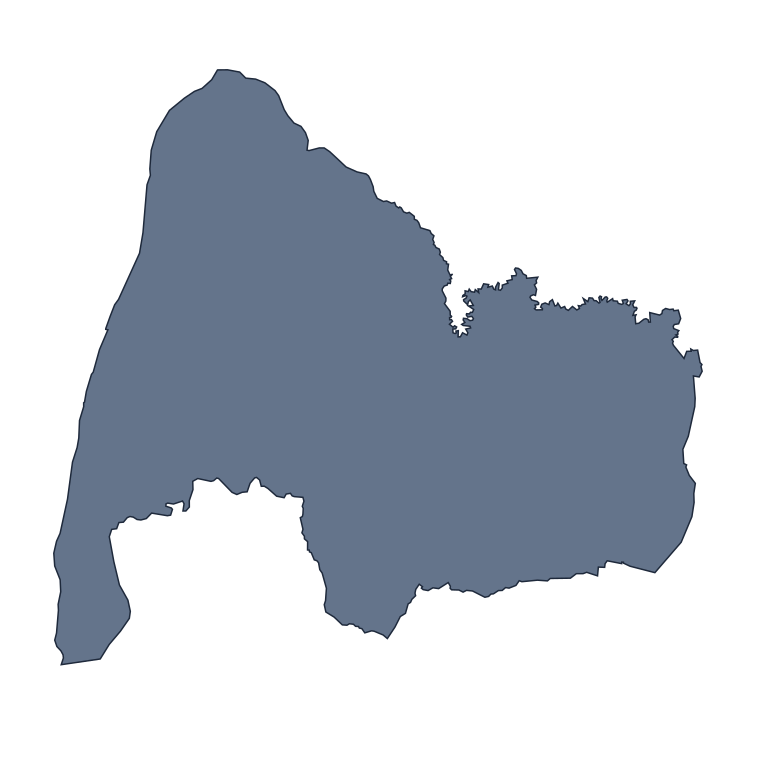 Nong Ruea, Khon Kaen, Thailand (Albers equal-area conic projection), rotated 184°
{"feature_id": "78962969B72555915440890", "entity_name": "Nong Ruea", "entity_type": "district", "adm_level": 2, "iso_a3": "THA", "parent_name": "Thailand", "parent_adm1": "Khon Kaen", "projection": "albers", "projection_center": [102.4, 16.491], "detail": "fine", "context": "isolated", "style": "filled", "palette": "slate", "viewbox_px": 768, "rotation_deg": 184, "n_neighbors": 0, "source": "geoboundaries", "source_scale": "gbopen_adm2", "svg_char_len": 6122}
<svg xmlns="http://www.w3.org/2000/svg" viewBox="0 0 768 768"><g transform="rotate(184 384 384)"><path d="M686.4,81.5L647.9,89.9L639.9,105.1L629.7,119.0L621.7,132.4L621.2,139.5L624.4,150.5L633.9,165.0L641.1,187.9L647.4,212.5L645.5,220.0L640.6,221.0L638.8,227.3L634.3,228.0L630.8,232.8L628.2,234.1L624.8,233.7L620.9,231.6L617.0,231.4L611.7,233.2L606.8,239.0L590.9,237.5L587.7,238.3L586.3,244.2L587.5,245.5L593.1,246.9L593.1,249.2L591.5,250.1L585.6,249.6L576.8,253.2L575.1,250.6L575.7,243.3L572.8,243.5L569.6,247.7L570.1,254.1L567.2,265.3L568.0,273.6L563.2,276.7L549.8,274.8L547.2,275.7L544.3,278.5L542.4,278.2L528.0,265.3L523.1,263.5L517.9,266.1L513.0,266.9L510.7,275.6L506.5,281.3L504.6,281.9L501.4,279.6L499.3,273.4L496.3,273.7L492.5,271.7L483.3,264.6L475.7,263.6L473.9,267.4L469.7,268.4L467.8,266.0L465.7,265.4L457.0,265.3L455.7,261.5L457.0,256.3L455.9,254.3L455.8,248.4L456.2,246.1L458.2,244.8L454.7,233.4L455.5,229.8L452.8,226.6L452.6,224.0L449.2,221.4L448.7,213.1L447.0,213.1L446.6,211.3L444.8,210.7L441.3,203.7L438.6,203.0L436.8,201.1L435.1,194.3L432.5,191.1L427.2,176.2L427.2,163.8L428.2,159.7L426.1,152.5L417.5,148.0L408.8,140.8L404.1,140.8L401.8,142.4L397.7,142.2L395.5,140.3L392.5,140.3L391.6,138.8L389.0,138.4L385.8,134.4L379.2,136.9L376.6,136.7L367.4,133.6L362.9,130.3L356.1,142.3L351.5,153.2L346.6,156.7L344.6,166.3L342.3,168.0L341.2,171.1L337.7,175.0L338.5,177.5L338.0,181.3L334.9,186.7L331.5,184.5L332.5,183.0L330.6,181.6L325.6,181.0L321.0,184.1L315.2,183.7L306.1,190.4L303.7,186.9L303.8,184.8L302.2,183.4L294.9,183.7L290.6,181.9L287.3,183.9L281.3,183.7L268.5,178.3L264.8,179.4L262.7,181.9L260.2,182.3L255.5,185.9L251.7,186.3L248.5,189.4L245.0,189.1L238.3,192.3L235.4,197.2L232.7,196.4L217.3,199.0L207.2,199.0L204.6,201.6L184.5,203.3L178.9,208.2L172.2,208.7L168.7,210.3L157.6,207.5L157.4,216.3L151.1,216.5L150.9,220.2L149.0,223.2L134.4,221.4L134.4,222.9L132.7,222.9L132.6,222.0L125.9,219.4L100.6,214.7L76.5,246.9L67.6,273.1L66.4,287.4L67.3,296.3L66.5,306.6L73.1,314.1L77.1,322.2L76.5,324.4L79.4,325.6L81.3,339.7L76.8,353.1L72.4,383.1L72.6,391.4L75.9,413.6L70.1,413.0L67.5,418.9L69.0,423.6L68.2,425.6L70.2,427.4L73.5,439.7L77.8,439.0L80.4,440.3L79.9,438.1L84.3,437.7L86.5,430.4L98.0,442.8L99.0,444.9L98.4,446.7L99.8,448.3L97.3,451.1L94.4,451.1L94.3,452.1L96.3,453.3L94.2,454.3L94.7,456.1L93.6,457.8L98.9,459.5L99.5,461.8L98.5,463.6L94.3,464.6L92.6,470.0L95.6,478.2L100.0,477.3L100.8,478.9L104.3,478.2L108.3,479.0L111.3,476.8L111.7,473.6L113.9,472.0L123.9,473.8L122.6,464.3L124.3,464.2L125.0,466.5L127.2,467.4L129.3,466.7L134.0,462.4L137.1,461.7L138.2,468.5L137.4,470.6L140.5,469.8L139.3,474.0L137.6,475.2L136.9,477.2L137.5,478.0L139.9,477.8L141.4,480.3L139.7,484.4L144.1,483.7L143.8,481.1L145.1,479.2L148.1,480.9L146.4,483.9L147.5,485.3L152.2,484.2L150.8,481.0L152.4,480.0L156.0,480.8L157.0,482.9L161.2,483.0L161.9,485.1L167.0,481.2L167.6,482.4L166.8,485.1L168.0,486.4L169.4,486.2L172.4,482.6L173.4,484.2L173.1,486.2L174.6,486.8L175.7,485.3L174.2,480.4L175.2,479.7L178.2,481.9L180.2,481.8L182.0,484.2L185.4,484.3L186.4,480.4L191.2,483.2L188.6,477.9L191.9,477.1L193.2,475.5L195.6,475.7L194.3,473.0L196.8,471.3L201.4,474.5L205.3,470.3L207.9,471.5L209.2,473.9L212.8,472.1L216.2,476.8L217.3,474.3L219.0,473.8L221.9,479.9L224.5,477.7L225.0,474.7L228.9,476.1L232.1,474.6L233.1,471.6L231.2,470.3L231.2,469.1L237.4,468.5L239.1,469.6L237.9,471.2L238.9,473.2L235.4,474.2L235.3,475.7L236.9,477.0L242.4,478.1L244.4,480.6L243.9,482.0L241.2,483.5L239.1,482.9L238.4,489.1L240.9,493.4L238.8,495.5L239.5,497.8L238.0,501.3L249.1,499.4L249.6,502.1L253.0,503.6L255.0,506.9L258.1,508.7L260.9,508.9L261.8,507.3L259.5,503.2L259.9,501.3L264.2,500.8L263.4,497.1L268.6,495.5L267.4,493.2L272.9,490.9L272.7,488.0L274.4,485.6L276.4,486.0L276.1,492.3L277.3,493.2L279.5,488.3L279.3,485.7L281.1,486.3L282.8,489.3L287.1,487.8L286.5,490.5L291.6,490.9L293.6,485.5L296.8,485.4L295.9,481.8L299.5,484.5L300.1,481.9L303.5,482.2L305.6,484.6L306.4,482.1L309.6,482.6L309.3,479.6L311.5,477.8L311.7,476.5L308.5,477.9L307.4,477.4L308.1,475.4L310.5,473.7L310.3,472.4L306.1,468.9L305.6,472.0L303.9,473.9L300.4,468.6L305.2,467.7L299.7,464.6L300.8,461.6L302.7,461.6L303.8,459.9L306.5,459.9L306.7,458.6L305.2,456.6L301.1,457.6L299.3,455.4L300.1,453.8L302.6,453.2L305.6,454.9L309.3,455.1L309.5,453.4L307.6,451.0L310.7,448.9L309.1,447.9L302.2,447.6L301.5,446.0L306.3,444.5L303.9,440.9L304.7,438.6L309.2,440.6L311.1,436.4L313.4,436.2L313.6,442.4L315.9,441.8L315.5,440.0L316.6,439.3L318.7,439.9L319.2,443.6L316.3,444.0L315.5,445.9L317.6,447.0L319.1,445.5L322.9,448.2L320.0,451.3L321.2,452.9L323.0,452.7L323.2,454.9L321.8,455.1L321.3,456.2L322.7,457.3L323.1,461.2L329.3,468.4L328.1,471.0L328.2,474.0L332.4,481.0L332.5,483.0L330.7,486.0L327.8,487.1L327.4,489.0L324.9,488.9L324.6,491.4L325.8,492.8L323.9,493.8L325.3,496.1L323.2,498.4L325.6,497.2L328.4,502.1L328.0,508.0L330.1,508.3L330.1,510.3L333.2,511.5L334.1,514.2L337.6,517.0L337.0,519.4L338.3,522.5L341.7,523.8L343.0,526.0L344.4,526.6L343.9,528.7L345.5,531.6L344.5,535.3L347.4,537.4L348.9,540.2L358.5,542.4L360.6,547.3L362.6,549.6L365.2,550.4L365.5,553.4L370.8,557.0L373.1,556.0L376.5,557.1L379.1,560.9L380.6,561.7L381.7,560.7L384.4,562.3L386.1,565.8L389.1,564.9L394.1,566.8L397.3,566.0L403.7,568.7L407.6,575.5L408.6,580.1L411.8,587.0L414.0,590.5L416.5,592.3L425.7,593.7L436.9,597.8L454.4,612.0L460.1,615.3L465.0,615.0L475.1,611.6L477.1,611.9L476.6,621.7L479.9,629.3L484.8,635.2L492.0,638.0L498.7,645.0L502.7,650.7L509.2,664.3L513.2,669.1L523.7,676.1L533.3,679.2L543.3,679.5L549.7,685.1L561.9,686.5L572.0,685.7L577.1,675.5L586.1,666.2L593.5,662.7L603.1,655.2L617.1,642.0L628.3,619.9L632.5,601.0L632.6,582.2L631.6,575.9L634.3,566.2L635.0,518.1L637.0,497.4L654.7,449.9L658.2,444.3L661.9,432.4L665.4,420.0L665.4,419.1L663.2,418.8L670.2,398.5L674.9,375.5L676.5,373.2L680.4,355.9L681.5,345.0L682.3,344.3L682.0,340.4L685.2,326.4L684.7,308.9L685.7,299.2L689.3,284.4L691.7,247.0L696.7,212.4L699.7,204.3L701.6,192.2L699.8,179.5L693.4,166.1L692.0,154.2L693.7,141.5L693.0,135.6L693.3,112.7L694.6,105.5L692.0,99.3L687.7,95.3L685.3,91.5L684.7,88.3L686.4,81.5Z" fill="#64748b" stroke="#1e293b" stroke-width="1.5"/></g></svg>